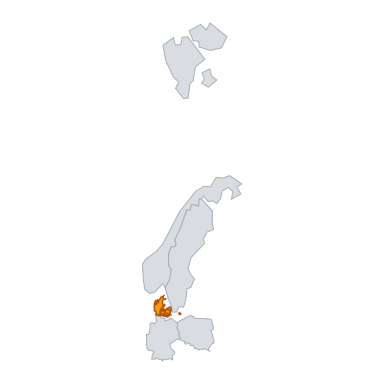 Denmark highlighted among its neighbors
{"feature_id": "DNK", "entity_name": "Denmark", "entity_type": "country or territory", "adm_level": 0, "iso_a3": "DNK", "parent_name": "Europe", "parent_adm1": "", "projection": "mercator", "projection_center": [10.731, 56.183], "detail": "fine", "context": "with_neighbors", "style": "filled", "palette": "amber", "viewbox_px": 384, "rotation_deg": 0, "n_neighbors": 4, "source": "natural_earth", "source_scale": "50m", "svg_char_len": 6214}
<svg xmlns="http://www.w3.org/2000/svg" viewBox="0 0 384 384"><path d="M180.7,44.7L182.1,37.4L187.7,36.7L204.8,59.3L195.3,67.0L193.2,80.5L189.9,83.9L188.1,98.0L183.6,98.6L175.5,88.3L178.9,82.1L173.3,76.9L165.9,61.0L163.0,45.2L173.3,37.6L175.3,45.0L180.7,44.7ZM240.8,193.9L231.4,199.2L233.0,191.7L228.1,187.3L222.3,191.0L220.4,198.9L216.8,203.5L212.8,201.0L207.9,201.5L203.7,195.9L201.4,198.7L199.1,199.2L198.5,206.0L191.4,204.4L190.4,210.0L186.8,210.0L180.6,227.6L174.7,240.4L176.1,243.4L174.8,246.9L171.0,246.7L168.6,254.7L168.8,265.5L171.2,269.5L170.0,278.6L165.2,287.9L162.7,283.4L155.2,291.8L150.2,293.5L145.0,289.9L143.6,282.0L142.4,264.1L145.9,258.9L155.9,251.9L163.3,243.1L179.3,212.0L195.9,191.1L204.2,186.3L210.4,186.9L216.1,177.5L223.0,178.0L229.8,175.6L241.6,184.0L236.7,187.0L240.8,193.9ZM226.9,36.6L221.3,48.0L210.4,50.4L199.3,47.0L198.6,41.2L193.2,40.8L189.1,30.8L200.7,24.4L206.2,29.9L210.0,23.0L226.9,36.6ZM216.8,80.0L208.4,87.2L201.7,83.2L204.3,78.6L202.1,72.7L209.9,69.0L211.4,75.9L216.8,80.0Z" fill="#d9dde1" stroke="#a8b0b8" stroke-width="1"/><path d="M165.2,287.9L170.0,278.6L171.2,269.5L168.8,265.5L168.6,254.7L171.0,246.7L174.8,246.9L176.1,243.4L174.7,240.4L180.6,227.6L186.8,210.0L190.4,210.0L191.4,204.4L198.5,206.0L199.1,199.2L201.4,198.7L212.3,210.8L212.4,225.7L213.7,229.4L207.2,232.0L203.6,238.3L204.2,243.7L190.9,257.8L188.1,269.1L190.8,274.6L194.4,278.8L191.0,287.2L187.1,288.9L185.6,300.8L183.5,307.2L178.9,306.6L176.8,311.9L172.4,312.2L171.2,305.8L168.1,298.0L165.2,287.9Z" fill="#d9dde1" stroke="#a8b0b8" stroke-width="1"/><path d="M212.1,321.6L212.3,324.4L213.3,326.8L213.3,329.3L211.1,330.6L214.2,341.4L213.8,343.1L211.9,343.8L208.5,348.6L209.5,351.2L205.1,348.7L202.3,349.5L200.6,348.9L198.3,350.1L196.4,348.1L194.9,348.9L192.9,345.6L190.1,345.3L189.8,343.4L187.2,342.8L186.6,344.3L184.6,343.1L184.8,341.4L182.0,340.9L180.2,339.0L178.7,335.1L179.0,333.0L178.0,329.7L176.7,327.5L177.7,325.8L176.8,322.6L190.0,315.5L193.8,316.7L194.1,318.2L209.3,319.0L211.2,319.6L212.1,321.6Z" fill="#d9dde1" stroke="#a8b0b8" stroke-width="1"/><path d="M176.8,322.6L177.7,325.8L176.7,327.5L178.0,329.7L179.0,333.0L178.7,335.1L180.2,339.0L178.5,339.6L177.5,338.9L169.8,344.0L170.8,348.2L174.9,352.1L173.5,354.7L172.2,355.4L172.7,359.1L172.4,360.0L171.2,358.9L169.4,358.7L166.7,359.7L163.4,359.5L162.8,361.0L160.9,359.4L159.8,359.7L155.7,358.0L155.0,359.2L151.8,359.2L152.2,355.2L154.2,351.3L148.7,350.2L146.9,348.7L147.2,346.1L146.4,344.8L146.8,340.8L146.2,334.5L148.5,334.5L149.4,332.2L150.4,326.5L149.7,324.4L150.4,323.0L153.5,322.7L154.2,324.1L156.8,320.9L155.9,318.5L155.8,314.8L158.6,315.7L161.0,314.7L161.1,317.2L164.9,318.7L164.9,321.0L168.7,319.8L170.8,318.0L176.8,322.6Z" fill="#d9dde1" stroke="#a8b0b8" stroke-width="1"/><path d="M160.3,315.7L160.0,315.7L159.9,315.5L159.4,315.6L158.8,315.8L158.5,315.8L158.2,315.6L157.2,315.3L157.0,315.2L156.3,315.2L156.3,314.7L156.2,314.3L155.9,313.7L156.3,313.6L156.2,312.4L156.1,311.8L155.1,311.2L154.3,310.6L154.5,308.6L154.5,308.0L154.2,307.0L154.3,305.7L154.4,303.8L154.7,303.7L154.8,303.7L155.6,304.1L155.9,304.1L156.1,304.4L156.3,304.6L156.5,304.2L156.6,303.7L157.1,302.9L157.5,302.6L157.8,302.5L158.1,302.8L158.3,303.2L158.3,302.4L158.5,301.0L158.0,300.8L157.5,301.0L157.1,301.9L156.7,303.0L156.1,303.1L155.5,303.4L155.1,303.1L154.8,302.8L154.8,302.4L154.9,302.1L155.4,301.2L156.1,300.3L156.8,300.3L157.4,300.1L157.7,300.0L158.7,300.1L159.2,299.9L159.6,299.5L160.6,297.8L161.2,297.0L162.3,296.8L163.3,296.0L163.6,295.9L163.1,296.6L163.1,296.8L163.0,297.2L163.3,298.0L163.3,298.5L163.3,299.4L163.0,299.9L162.6,300.9L162.4,301.1L162.4,302.3L162.4,302.6L162.4,303.7L162.8,304.2L163.2,304.4L164.5,304.4L164.6,304.6L164.8,304.9L164.7,305.5L164.5,305.9L164.2,306.3L163.7,306.6L163.3,306.6L162.9,306.1L162.7,306.2L162.5,306.5L162.2,307.9L162.0,308.8L161.9,308.9L161.7,308.8L161.4,308.8L161.0,309.0L161.4,309.5L160.9,309.9L160.6,310.3L160.5,310.5L160.0,310.9L159.8,311.3L159.9,311.8L160.0,312.3L160.1,312.8L160.0,313.2L159.5,313.8L159.3,314.3L159.7,314.3L160.0,314.4L160.1,314.6L160.3,314.8L160.2,315.0L160.3,315.7ZM171.0,309.4L171.0,310.0L170.9,310.2L170.8,310.4L170.4,310.5L170.1,310.7L169.8,311.0L169.7,311.5L169.9,311.8L170.3,312.0L170.4,312.7L170.1,313.0L169.2,313.3L169.1,314.1L169.1,314.7L169.1,315.2L169.0,315.8L168.3,316.1L167.9,315.1L167.9,314.8L167.7,314.3L167.7,313.9L167.5,313.3L166.9,313.2L166.6,313.2L166.3,313.3L166.2,313.2L165.7,312.4L165.8,311.5L165.6,311.0L165.5,310.8L165.5,310.6L165.3,310.4L165.1,310.3L165.0,309.8L165.3,309.7L165.9,309.7L166.1,309.7L166.3,309.6L166.8,308.7L166.9,308.3L167.5,308.2L167.7,308.5L167.7,309.1L167.7,309.7L168.0,309.9L168.2,310.0L168.3,309.5L168.4,309.2L168.6,309.1L168.6,308.6L168.5,308.3L168.3,308.1L169.0,307.6L169.7,307.1L170.1,307.1L170.5,307.2L170.8,307.4L171.0,307.5L170.9,308.2L170.8,308.5L171.0,309.4ZM163.7,310.5L163.9,310.9L164.1,311.6L164.4,312.5L164.3,312.8L164.4,313.2L164.3,313.7L163.7,314.2L163.0,314.3L162.3,314.0L161.3,313.5L161.2,313.2L160.8,312.2L160.8,311.2L161.3,311.0L162.4,310.5L162.6,310.6L162.9,310.9L163.2,310.9L163.7,310.5L163.7,310.5ZM166.4,315.3L167.1,315.7L167.6,315.7L167.9,315.8L167.9,316.1L168.0,316.7L167.6,316.8L167.3,316.8L166.8,317.0L165.2,316.1L165.2,315.3L165.3,315.0L166.1,314.9L166.4,315.3ZM180.5,314.4L180.3,314.5L179.7,314.4L179.0,313.9L179.1,313.0L179.3,312.6L180.7,313.6L180.7,314.0L180.5,314.4ZM164.1,316.2L163.9,316.2L163.7,315.7L163.9,315.2L164.1,314.8L164.5,314.2L164.8,313.5L164.8,314.2L164.2,315.9L164.1,316.2ZM161.5,315.3L161.2,315.4L160.6,315.2L160.5,314.2L161.3,314.7L161.5,315.2L161.5,315.3ZM170.9,314.8L170.2,314.8L169.5,315.3L169.3,315.1L169.4,314.8L169.5,314.7L169.8,314.4L169.9,314.2L170.0,314.3L170.4,314.4L170.6,314.5L170.8,314.6L170.9,314.8ZM163.6,309.4L163.5,309.5L163.3,309.4L163.3,308.9L163.4,308.6L163.3,308.2L163.7,308.5L163.8,308.7L163.7,309.0L163.6,309.4ZM165.3,299.3L165.1,299.5L164.6,299.3L164.8,299.0L165.4,298.8L165.7,298.9L165.4,299.2L165.3,299.3ZM163.1,315.6L162.9,315.6L162.6,315.5L162.1,315.0L162.1,314.8L162.3,314.9L162.6,315.2L162.9,315.3L163.2,315.5L163.1,315.6ZM171.4,310.6L171.0,310.9L170.9,310.9L170.8,310.5L171.0,310.3L171.1,310.1L171.3,310.3L171.4,310.6Z" fill="#f59e0b" stroke="#b45309" stroke-width="1.5"/></svg>